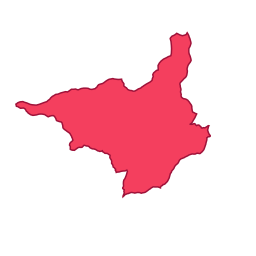 outline of Gangzur, Lhuntshi, Bhutan, rotated 336°
{"feature_id": "84629894B27978509932961", "entity_name": "Gangzur", "entity_type": "district", "adm_level": 2, "iso_a3": "BTN", "parent_name": "Bhutan", "parent_adm1": "Lhuntshi", "projection": "mercator", "projection_center": [91.081, 27.722], "detail": "fine", "context": "isolated", "style": "filled", "palette": "rose", "viewbox_px": 256, "rotation_deg": 336, "n_neighbors": 0, "source": "geoboundaries", "source_scale": "gbopen_adm2", "svg_char_len": 5813}
<svg xmlns="http://www.w3.org/2000/svg" viewBox="0 0 256 256"><g transform="rotate(336 128 128)"><path d="M220.8,65.1L219.1,66.3L217.5,66.2L215.2,65.8L213.1,63.9L211.7,62.1L211.0,61.3L210.1,61.6L208.3,62.0L205.5,62.0L203.4,63.0L202.9,63.5L202.5,66.4L201.2,70.3L200.0,73.4L197.9,77.6L196.5,79.4L193.7,79.2L192.1,79.4L188.5,79.5L185.4,80.3L183.1,81.4L180.9,83.1L180.0,85.3L179.3,87.2L177.4,87.0L173.8,88.1L172.3,89.4L172.0,91.2L170.4,92.7L169.3,94.3L166.7,95.0L162.8,95.3L159.5,95.8L159.0,96.0L157.8,96.1L157.0,96.3L155.8,96.7L153.2,96.5L152.4,96.7L150.6,96.9L149.7,97.0L148.4,96.8L147.4,96.2L146.7,95.4L145.3,94.6L145.1,94.5L143.9,93.3L143.4,92.6L142.9,90.6L142.3,89.9L141.7,88.6L141.4,88.2L141.4,87.5L141.9,86.7L141.9,86.4L142.2,86.1L142.2,85.6L142.0,84.5L141.8,83.8L141.7,83.4L141.8,82.5L141.7,81.8L142.0,80.8L139.3,79.9L137.8,79.1L135.3,77.6L134.3,76.7L132.5,76.3L130.6,75.8L128.8,75.9L126.8,76.2L124.4,76.8L122.8,77.0L120.3,76.6L118.8,76.5L117.4,77.1L116.4,77.9L114.7,78.4L114.0,78.7L112.6,78.4L110.8,78.1L109.0,77.1L107.8,75.6L106.0,74.6L103.5,73.5L101.2,72.9L98.2,72.9L97.3,72.4L96.0,71.1L94.1,70.5L92.0,69.6L90.2,70.0L87.5,70.5L85.7,69.4L83.3,69.0L80.8,68.6L77.9,68.6L75.6,67.9L73.0,68.3L71.9,68.3L69.5,69.1L68.2,69.9L66.2,70.3L64.6,70.9L61.8,70.6L56.7,70.3L53.5,69.8L49.9,67.8L48.2,66.6L46.0,64.2L43.7,62.2L42.7,61.1L40.0,60.2L37.6,60.1L36.2,60.5L35.3,60.6L34.9,62.8L36.0,63.6L36.7,64.7L37.8,66.2L38.8,66.6L40.8,67.3L41.8,68.9L42.0,70.8L42.0,71.5L42.7,72.6L42.8,73.6L44.5,76.3L46.3,77.8L49.7,78.8L52.1,79.1L53.4,79.5L55.3,80.4L57.4,81.9L58.4,83.5L59.6,85.3L61.7,85.4L63.4,85.7L65.0,86.4L65.6,87.8L65.8,89.1L65.9,90.3L65.7,91.3L65.8,92.2L67.3,93.7L68.0,94.3L69.1,95.1L69.6,95.6L69.8,96.5L69.6,97.4L69.5,98.6L69.2,99.8L68.8,100.8L68.7,101.8L69.0,102.7L69.7,104.1L70.3,105.0L70.9,106.2L72.6,109.0L72.8,110.0L72.8,111.0L73.0,111.7L73.0,112.7L72.9,113.5L73.0,114.3L72.7,116.7L71.4,117.4L69.6,117.8L68.5,118.6L67.6,119.8L67.8,121.2L67.6,121.9L66.8,123.5L66.6,124.1L67.4,125.0L68.1,125.6L69.5,126.3L70.0,126.6L74.4,125.6L75.9,125.9L77.1,126.6L78.2,126.9L79.6,126.4L80.3,125.9L81.2,126.1L82.7,127.5L83.9,128.1L84.9,129.2L85.1,130.3L85.9,131.4L86.9,132.5L88.4,133.3L89.6,134.4L90.2,135.2L90.6,135.9L91.2,136.7L92.0,137.2L92.6,137.9L94.0,138.3L95.0,138.4L95.3,138.4L95.1,139.3L95.7,139.9L96.4,141.3L96.6,141.7L98.7,142.8L99.2,143.5L99.8,144.6L100.3,145.1L100.5,145.7L100.0,146.6L99.5,147.2L99.4,148.7L99.7,150.0L99.7,150.7L99.5,151.9L99.3,152.3L98.8,153.3L98.6,153.8L98.7,154.2L99.0,154.7L99.0,155.5L98.9,156.4L98.6,157.7L99.4,158.8L99.4,159.2L99.6,160.0L99.9,160.6L99.3,161.2L99.2,161.6L99.4,162.5L99.3,163.0L99.2,163.8L99.8,163.8L102.3,164.6L103.6,164.7L105.8,165.2L107.9,166.0L109.8,166.0L109.8,167.4L107.1,170.6L104.6,173.0L103.0,173.9L102.1,175.1L101.4,176.4L101.0,177.3L100.6,178.5L100.3,179.3L99.8,179.8L98.9,180.4L98.6,181.1L98.9,182.0L99.5,182.8L98.5,184.1L98.3,185.0L98.3,185.7L96.3,187.6L95.6,188.4L95.5,188.7L96.2,188.4L97.2,188.2L98.0,187.7L98.7,187.6L99.4,187.7L100.6,187.7L101.5,188.0L102.4,188.0L103.1,188.1L104.4,188.1L104.8,188.2L105.8,188.8L107.3,189.8L107.7,190.2L109.3,190.5L110.6,190.8L112.3,191.7L112.8,192.1L113.3,192.7L114.0,193.1L114.9,193.1L116.1,193.5L117.5,193.7L118.5,193.6L120.4,193.2L122.3,192.7L123.6,192.6L124.8,192.2L127.0,192.0L127.6,192.2L128.0,192.5L129.5,193.2L131.0,193.8L131.6,194.2L132.4,194.9L132.6,195.2L133.3,195.9L133.5,195.5L133.8,195.1L134.3,194.8L134.6,194.6L135.0,194.5L136.0,194.5L136.7,194.2L137.0,193.9L137.2,194.0L138.2,194.2L139.6,194.0L140.2,193.6L141.4,193.2L142.3,192.8L142.6,192.6L142.7,192.4L143.3,192.0L143.8,191.7L144.0,191.5L144.5,191.0L144.6,190.9L145.2,190.5L148.1,186.9L149.1,186.4L149.7,186.0L150.3,185.2L151.4,184.6L152.8,184.0L153.9,183.2L155.0,182.1L155.9,181.7L156.6,181.3L159.1,180.6L160.5,179.6L161.8,178.4L162.5,178.1L164.0,177.7L165.1,177.8L167.6,177.9L168.5,177.7L169.6,177.7L171.2,177.7L172.3,177.5L173.1,177.5L174.4,177.6L176.1,177.8L177.3,178.5L178.7,179.1L180.8,179.1L182.0,179.8L183.0,180.5L183.7,180.6L184.8,180.2L185.7,180.0L187.0,179.4L188.5,178.6L189.6,177.5L192.4,174.5L193.3,173.2L194.9,171.3L195.3,170.7L195.6,170.0L196.0,169.0L196.8,169.0L197.3,168.6L198.0,168.6L199.1,169.1L199.8,168.9L200.0,168.5L199.9,167.6L199.6,166.9L199.6,164.7L199.8,163.1L199.7,162.9L199.8,162.4L201.9,159.7L202.2,159.2L202.8,158.9L202.5,158.6L201.6,158.6L201.0,158.8L198.5,159.1L197.7,158.9L197.4,158.6L197.1,158.4L196.7,158.3L195.8,158.3L195.4,158.0L195.1,157.7L195.1,156.7L195.0,156.2L194.6,155.7L194.4,155.0L194.0,154.2L193.5,153.9L193.0,153.7L192.4,153.7L191.6,153.7L191.2,153.0L191.1,152.0L190.9,151.6L190.6,151.1L190.4,151.0L189.9,150.8L189.1,150.8L188.3,150.8L187.5,150.5L186.7,150.1L186.4,149.8L186.7,149.6L187.5,149.6L188.3,149.3L189.1,148.8L190.4,147.8L193.3,145.8L195.1,144.2L195.8,143.6L196.4,143.2L196.5,143.0L195.2,141.8L194.7,141.0L194.0,140.2L193.6,139.7L193.6,139.4L193.7,138.7L193.8,138.1L194.1,137.0L194.3,136.2L194.5,135.7L194.7,135.0L195.1,134.2L195.2,132.8L194.9,131.3L194.6,129.9L194.6,129.3L194.3,128.6L193.9,127.0L193.5,126.4L193.0,125.6L191.7,124.4L191.0,124.1L190.2,123.2L189.9,122.8L189.7,122.1L189.4,121.6L189.5,120.6L189.6,120.1L190.0,119.4L190.2,119.2L190.5,117.5L190.6,116.5L191.0,115.8L191.6,115.1L192.1,114.2L192.3,113.4L192.5,111.8L192.8,111.0L193.1,110.0L193.2,108.9L193.7,108.3L194.3,107.8L197.5,106.5L199.0,105.8L199.9,105.5L201.1,105.2L202.2,104.5L202.8,104.0L203.4,103.3L204.0,102.4L205.0,100.9L205.5,99.9L205.7,98.9L206.0,98.0L206.6,97.2L207.8,95.7L208.7,94.9L209.5,94.4L210.4,93.8L211.3,93.4L212.0,92.9L213.1,92.0L213.4,91.1L213.6,90.2L213.9,88.2L214.0,87.2L214.0,86.2L214.0,85.3L214.2,84.3L214.5,83.3L214.9,82.3L215.4,81.3L215.8,80.3L216.5,79.7L217.4,79.0L218.1,78.4L219.9,76.4L220.3,75.3L220.9,71.4L220.9,69.8L221.1,68.2L221.0,66.5L220.8,65.1Z" fill="#f43f5e" stroke="#9f1239" stroke-width="1.5"/></g></svg>